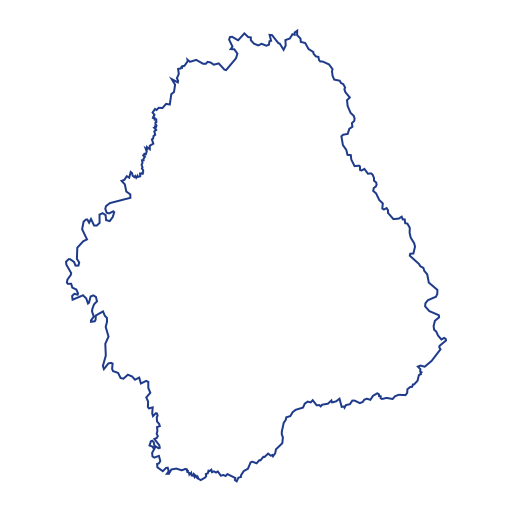 the district of Mae Sot, Tak, Thailand
{"feature_id": "78962969B92609473950758", "entity_name": "Mae Sot", "entity_type": "district", "adm_level": 2, "iso_a3": "THA", "parent_name": "Thailand", "parent_adm1": "Tak", "projection": "equal_earth", "projection_center": [98.694, 16.756], "detail": "fine", "context": "isolated", "style": "outline", "palette": "blue", "viewbox_px": 512, "rotation_deg": 0, "n_neighbors": 0, "source": "geoboundaries", "source_scale": "gbopen_adm2", "svg_char_len": 5992}
<svg xmlns="http://www.w3.org/2000/svg" viewBox="0 0 512 512"><path d="M121.6,180.9L124.8,184.3L126.3,191.5L130.3,194.4L130.4,197.8L109.9,203.1L106.0,206.1L105.3,208.9L106.7,212.7L109.1,213.4L113.3,211.3L114.2,212.3L112.7,217.1L109.7,221.1L106.1,220.1L105.6,215.1L102.6,213.2L99.5,214.6L99.6,222.9L96.8,225.5L94.1,225.5L91.0,219.0L89.1,222.7L87.3,219.5L86.0,219.5L83.6,221.7L82.1,229.2L87.0,239.4L83.3,241.2L77.3,247.7L76.9,258.8L79.2,262.5L78.4,265.6L75.5,265.6L74.1,262.0L70.1,259.2L68.6,259.2L66.0,261.8L66.4,264.8L71.2,273.1L70.8,274.9L67.4,279.6L66.9,282.7L67.8,283.8L71.2,283.8L72.3,287.6L76.3,289.5L78.0,293.3L77.6,294.7L74.5,293.8L73.1,294.9L72.1,296.1L72.6,299.7L83.0,295.3L86.2,298.4L88.0,303.5L89.0,302.7L90.6,296.5L93.3,295.4L95.9,296.9L97.0,301.3L94.0,304.4L92.4,308.7L92.0,311.4L93.8,316.6L91.0,320.4L91.0,321.8L94.7,321.3L95.6,319.7L95.8,315.5L103.0,311.4L104.9,315.9L106.9,317.8L107.0,321.8L105.7,326.9L108.5,336.6L105.3,343.8L105.8,355.6L102.9,365.9L103.9,369.1L108.4,363.4L111.2,362.9L112.6,363.6L112.1,368.8L113.0,371.1L118.1,372.9L120.6,378.0L123.4,378.7L127.9,374.7L132.1,376.5L135.0,379.7L139.2,377.6L140.9,383.5L146.1,380.9L148.3,381.9L148.3,387.9L150.3,392.8L146.3,397.4L148.1,401.6L147.9,406.9L148.9,408.4L152.7,407.4L152.2,413.3L153.0,416.1L155.7,413.3L156.9,413.4L157.6,415.7L156.8,417.2L157.0,421.4L159.2,424.0L159.8,426.1L157.0,427.1L157.4,430.7L156.7,433.7L157.8,436.1L156.9,437.8L154.4,439.0L159.3,445.3L159.8,447.8L158.6,448.3L155.7,446.4L154.9,447.8L153.7,442.2L152.2,440.7L150.9,441.3L149.5,445.5L152.4,446.6L154.2,449.1L152.1,452.9L152.5,456.4L154.3,457.6L158.9,455.9L160.3,461.0L158.9,463.4L157.1,464.0L157.4,467.3L162.8,471.2L166.0,468.0L167.7,467.7L168.7,471.2L166.9,473.8L168.9,473.8L171.3,469.5L176.3,468.6L181.8,470.3L185.4,468.9L186.9,469.4L186.9,470.6L187.8,470.8L187.4,472.0L189.0,472.7L189.3,474.2L190.3,472.6L190.1,474.6L191.2,473.0L191.6,475.5L193.0,475.7L193.7,473.9L195.1,475.2L194.4,475.9L194.7,477.2L196.1,476.1L197.1,477.7L197.6,476.8L198.4,478.7L200.8,480.1L205.3,477.4L206.2,476.0L205.9,474.0L207.8,473.3L208.5,470.7L209.5,471.1L211.3,469.7L212.0,472.2L213.9,471.4L216.0,472.5L217.8,471.5L220.9,475.7L223.3,475.0L225.6,476.0L227.4,474.1L235.3,478.0L234.9,480.0L236.7,481.3L238.4,477.7L240.9,477.0L241.1,475.1L243.8,471.0L247.9,468.8L250.6,462.4L252.3,461.7L256.6,463.3L259.3,460.2L260.4,460.4L263.4,456.8L264.5,457.0L268.1,453.6L270.8,455.7L272.3,455.0L273.0,456.3L275.2,453.2L276.0,449.3L282.3,443.2L282.9,437.3L281.8,434.5L281.8,431.7L283.7,422.9L285.8,419.7L286.3,417.3L290.3,416.1L292.7,412.1L295.7,409.8L303.0,407.6L304.8,403.6L307.7,401.6L310.7,402.4L312.7,400.2L316.7,405.3L319.4,405.1L320.7,406.4L322.2,404.7L327.9,403.7L331.4,400.5L331.9,402.3L333.1,402.2L336.2,401.3L339.5,398.7L341.7,406.9L343.9,406.5L344.5,407.7L345.9,405.1L349.9,404.2L352.3,400.6L354.6,400.6L359.8,403.1L362.7,402.0L364.2,399.8L366.7,398.7L370.4,399.8L373.0,395.8L377.3,393.3L379.0,394.4L379.1,396.1L380.7,396.3L380.6,398.1L381.9,399.0L386.6,397.9L392.6,399.0L395.1,396.2L398.7,394.8L405.5,395.1L407.2,392.9L407.4,389.3L410.2,387.0L412.1,386.8L412.9,384.5L414.1,384.4L417.5,380.8L418.9,375.1L420.9,374.2L420.6,373.4L421.5,372.3L420.2,371.7L420.4,369.2L417.9,366.6L420.5,365.6L424.7,366.7L431.6,360.9L440.5,349.3L439.3,347.4L439.5,345.9L446.0,340.5L445.7,338.9L444.1,337.9L441.4,339.5L438.0,335.5L436.2,331.5L434.1,329.7L433.6,326.1L434.9,320.8L439.1,317.3L438.8,315.2L429.3,311.1L425.1,306.3L425.4,303.3L427.9,300.2L436.0,296.7L437.3,293.9L437.4,289.9L428.8,282.6L427.2,274.3L424.3,270.9L423.4,267.9L420.4,266.3L418.9,263.9L409.8,255.7L410.2,253.8L413.4,253.5L415.0,246.7L414.2,243.3L410.7,237.6L409.6,232.7L409.8,227.9L407.4,223.6L405.2,223.2L404.7,219.4L402.7,219.4L401.7,216.7L398.8,218.6L393.4,219.1L388.0,212.9L388.0,210.3L386.6,208.1L383.9,209.5L382.3,208.5L382.8,203.4L379.3,200.1L376.1,193.4L373.2,190.9L373.8,188.0L376.0,186.3L376.6,184.6L376.2,182.5L374.0,180.7L374.0,178.0L372.6,174.7L371.1,173.4L367.9,173.7L364.4,168.9L361.6,170.5L360.1,170.0L359.9,166.4L359.1,165.7L354.6,166.1L351.3,159.6L350.8,155.1L347.5,154.9L346.3,149.9L342.9,145.1L341.4,136.3L343.2,134.7L347.7,133.9L349.3,128.8L352.4,126.8L351.9,123.1L354.2,121.0L354.6,118.5L353.7,115.8L350.6,112.9L347.6,105.9L347.0,100.2L349.8,97.5L345.4,92.2L344.4,89.3L345.1,87.5L343.3,84.2L341.0,83.0L339.7,80.7L334.2,79.6L332.6,75.9L332.0,71.5L332.5,69.1L329.0,64.4L322.8,61.6L320.2,61.4L319.0,60.0L318.4,56.9L315.8,56.4L313.5,53.6L313.3,52.0L308.5,49.0L305.2,43.0L300.8,41.9L300.5,38.6L297.1,35.1L297.2,30.7L294.7,32.5L294.7,34.8L292.5,34.2L289.8,38.5L285.4,40.1L285.7,45.5L283.6,49.8L279.7,43.5L278.4,43.2L272.0,35.1L269.6,34.9L271.1,40.8L269.5,41.2L268.9,44.7L266.3,45.7L261.6,43.8L258.3,45.4L254.0,43.7L250.9,40.3L250.8,37.4L248.2,37.1L244.4,33.4L238.1,40.3L232.1,36.8L230.0,37.0L229.1,39.6L232.5,46.6L230.7,49.1L234.3,49.3L237.4,53.6L236.0,58.3L226.1,70.1L224.4,69.6L218.7,63.4L213.8,64.7L210.6,62.5L207.6,61.9L205.8,63.8L203.2,63.8L196.2,59.9L190.0,61.8L187.5,59.7L187.8,61.1L184.4,65.9L182.4,66.1L182.1,67.6L181.4,67.2L180.7,68.5L178.1,68.9L178.8,74.0L176.9,78.2L178.1,80.8L177.8,82.4L171.7,79.1L175.1,84.7L174.0,92.0L171.3,94.1L169.8,104.5L166.1,103.9L162.5,108.0L158.7,107.8L156.5,110.0L155.0,109.0L152.6,112.5L154.5,114.9L153.2,116.9L154.2,117.6L153.4,118.2L154.8,118.8L154.8,119.6L156.2,119.4L156.4,122.0L155.5,122.3L155.4,124.0L156.5,125.5L155.9,127.2L154.9,126.7L154.9,127.8L154.3,127.9L156.2,130.0L154.3,131.4L155.2,134.8L153.6,135.9L153.1,138.6L151.9,139.4L153.3,143.7L149.8,145.7L149.8,149.2L147.8,147.7L147.4,148.6L146.8,147.5L146.4,149.3L145.7,148.7L146.7,151.6L145.8,154.4L146.5,154.9L144.4,153.8L143.2,155.5L144.9,156.8L143.5,158.8L143.6,160.2L142.0,160.3L142.5,162.7L141.6,164.8L142.5,167.5L141.9,168.5L143.1,170.1L143.2,171.8L142.1,173.0L143.5,173.9L140.1,173.5L140.2,176.3L137.6,177.0L137.4,176.0L136.2,177.8L135.2,176.0L134.3,177.1L132.7,175.8L132.0,173.1L130.7,172.0L129.2,177.7L126.8,176.2L124.3,179.9L121.6,180.9Z" fill="none" stroke="#1e3a8a" stroke-width="2"/></svg>